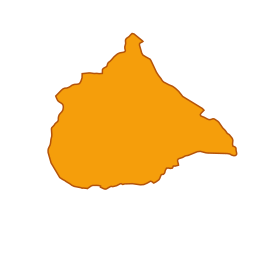 SVG path tracing the border of Apurímac, rotated 149°
{"feature_id": "PER-569", "entity_name": "Apurímac", "entity_type": "Department", "adm_level": 1, "iso_a3": "PER", "parent_name": "Peru", "parent_adm1": "", "projection": "orthographic", "projection_center": [-73.045, -14.013], "detail": "fine", "context": "isolated", "style": "filled", "palette": "amber", "viewbox_px": 256, "rotation_deg": 149, "n_neighbors": 0, "source": "natural_earth", "source_scale": "10m", "svg_char_len": 2862}
<svg xmlns="http://www.w3.org/2000/svg" viewBox="0 0 256 256"><g transform="rotate(149 128 128)"><path d="M131.5,67.4L134.0,67.5L134.5,67.7L134.7,68.6L135.1,69.6L135.7,70.4L136.1,70.8L140.0,70.9L143.6,71.4L146.6,72.9L152.9,78.0L159.8,81.9L160.9,82.1L161.7,82.4L162.5,83.8L163.5,84.2L167.4,84.4L171.0,85.5L171.6,85.8L172.0,86.3L172.7,86.7L173.9,86.9L177.8,86.9L179.1,87.4L180.2,88.6L182.1,91.5L181.4,92.3L182.5,93.6L184.3,94.9L187.9,97.0L189.3,97.3L194.1,97.0L194.6,97.6L197.6,99.8L198.3,100.0L199.1,101.1L204.2,105.7L205.6,107.8L206.6,110.2L208.7,114.1L209.1,115.2L210.7,117.9L212.0,120.7L211.9,137.7L209.1,148.1L208.1,149.9L207.5,150.7L206.8,151.4L203.6,153.5L202.9,154.2L202.2,154.9L199.9,157.9L197.6,160.2L196.7,161.6L194.1,166.7L193.2,167.5L189.9,168.4L188.6,169.1L187.0,169.5L185.0,169.8L184.0,170.4L183.3,171.2L182.7,172.3L181.9,173.3L180.4,174.6L178.8,175.3L176.6,175.9L175.3,176.5L174.3,177.2L173.4,178.3L172.7,179.2L172.2,180.2L171.9,181.2L171.9,182.2L172.2,183.2L173.5,185.8L173.9,186.8L174.1,187.9L173.9,190.3L173.5,192.6L165.6,194.7L163.7,195.0L162.0,194.8L160.9,194.3L160.0,193.8L158.6,193.5L156.9,193.3L153.9,193.5L152.3,193.2L151.1,192.8L150.2,192.3L149.3,191.8L147.3,191.1L145.9,191.4L144.2,192.4L141.6,194.6L139.3,198.2L133.1,195.3L132.0,194.6L128.9,192.1L126.6,190.9L124.7,189.4L121.9,188.0L121.2,189.0L120.3,190.5L119.7,191.3L118.7,191.7L117.5,191.8L115.9,191.7L114.9,191.7L113.9,192.1L112.6,193.4L111.8,193.9L111.0,194.3L109.4,194.4L107.3,194.9L103.3,196.2L101.1,196.6L98.9,196.9L97.9,196.8L96.7,196.7L95.2,196.2L93.0,195.3L92.0,195.1L91.1,195.1L90.4,195.7L90.1,196.6L89.8,197.6L89.3,198.6L88.8,199.4L86.7,201.4L86.2,202.2L85.3,204.0L84.7,204.8L83.9,205.3L83.0,205.6L80.0,205.8L77.4,206.6L75.8,206.9L74.4,205.5L70.7,195.2L70.6,194.5L71.6,194.4L73.7,194.6L74.8,194.2L75.5,193.1L77.7,185.0L77.6,182.7L76.1,179.8L73.7,175.7L73.6,174.0L74.2,168.0L74.9,161.3L74.8,157.4L74.3,153.4L74.3,151.8L74.2,150.5L73.7,148.9L70.7,144.0L68.4,140.9L67.7,139.4L66.9,137.5L65.7,133.3L64.9,126.9L54.2,106.4L53.7,104.1L57.8,103.0L58.8,102.5L59.3,102.1L59.3,100.7L57.3,98.1L55.2,94.6L54.6,93.8L53.9,93.2L53.1,92.8L52.1,92.5L50.6,92.2L49.7,91.7L49.0,90.6L47.6,87.6L47.2,86.1L46.8,79.4L45.9,75.7L45.7,72.2L44.7,70.3L44.5,69.4L44.0,65.9L44.1,64.6L44.6,63.2L46.7,60.4L47.4,58.6L46.1,56.7L45.8,55.7L46.0,54.8L46.9,53.2L47.6,51.1L48.0,50.1L48.6,49.4L49.5,49.1L50.6,49.2L51.7,49.9L53.0,51.3L54.2,53.4L56.1,55.0L72.7,65.6L74.2,66.8L78.0,70.7L80.8,72.0L89.8,73.4L90.8,73.6L92.7,74.4L93.9,74.6L95.4,74.6L96.7,74.7L100.0,75.5L101.0,75.5L102.0,75.0L102.6,74.0L103.4,71.1L103.9,70.1L107.3,71.1L108.1,71.7L108.8,72.0L109.4,71.6L110.1,71.0L110.7,70.8L112.5,71.5L114.0,72.9L115.7,73.7L117.9,72.4L119.5,70.8L120.2,70.4L121.5,70.1L121.9,70.2L122.8,70.7L123.4,70.8L123.8,70.6L124.1,70.5L127.0,68.3L128.3,67.7L131.5,67.4Z" fill="#f59e0b" stroke="#b45309" stroke-width="1.5"/></g></svg>